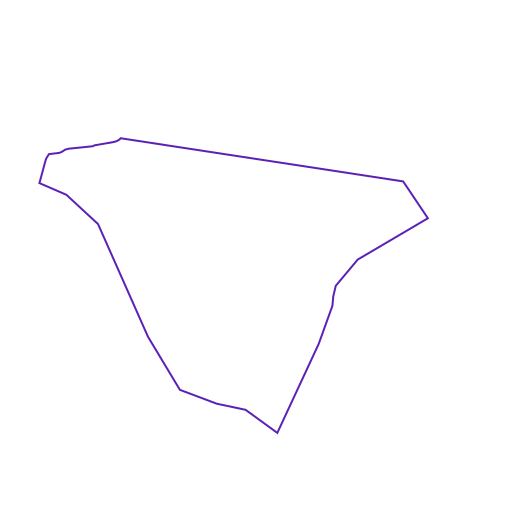 Saint Peter, Robinson projection, rotated 338°
{"feature_id": "DMA-1441", "entity_name": "Saint Peter", "entity_type": "Parish", "adm_level": 1, "iso_a3": "DMA", "parent_name": "Dominica", "parent_adm1": "", "projection": "robinson", "projection_center": [-61.46, 15.5], "detail": "fine", "context": "isolated", "style": "outline", "palette": "violet", "viewbox_px": 512, "rotation_deg": 338, "n_neighbors": 0, "source": "natural_earth", "source_scale": "10m", "svg_char_len": 498}
<svg xmlns="http://www.w3.org/2000/svg" viewBox="0 0 512 512"><g transform="rotate(338 256 256)"><path d="M209.5,428.0L188.7,394.7L164.2,378.2L135.3,351.6L125.6,290.3L121.5,167.2L103.1,128.2L82.5,107.3L97.1,88.0L98.9,86.3L102.3,84.0L112.2,86.7L114.9,86.7L119.1,85.9L122.7,86.4L145.8,93.1L147.8,92.9L166.7,97.0L170.1,97.3L173.0,96.9L174.6,96.1L420.4,242.0L429.5,285.4L349.0,297.4L318.8,313.5L312.5,322.4L308.2,330.8L281.1,361.1L209.5,428.0Z" fill="none" stroke="#5b21b6" stroke-width="2"/></g></svg>